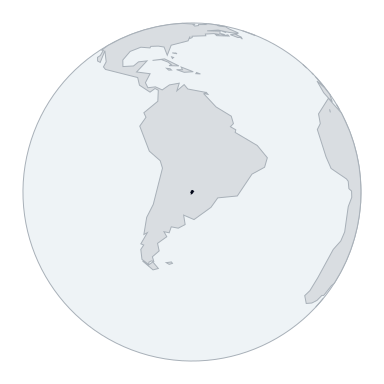 the Earth from above Central, rotated 15°
{"feature_id": "PRY-607", "entity_name": "Central", "entity_type": "Department", "adm_level": 1, "iso_a3": "PRY", "parent_name": "Paraguay", "parent_adm1": "", "projection": "orthographic", "projection_center": [-57.553, -25.559], "detail": "fine", "context": "on_globe", "style": "filled", "palette": "ink", "viewbox_px": 384, "rotation_deg": 15, "n_neighbors": 0, "source": "natural_earth", "source_scale": "10m", "svg_char_len": 4098}
<svg xmlns="http://www.w3.org/2000/svg" viewBox="0 0 384 384"><g transform="rotate(15 192 192)"><circle cx="192" cy="192" r="169" fill="#eef3f6" stroke="#a8b0b8"/><path d="M139.6,31.4L139.4,31.4L139.7,31.5L151.6,29.1L150.0,30.2L151.7,31.0L155.1,29.6L155.0,28.6L161.7,26.8L160.7,26.4L163.3,25.7L164.4,25.3L170.1,24.5L174.9,24.1L174.3,24.6L176.4,24.6L181.8,23.7L185.1,24.8L195.2,26.3L195.4,26.9L187.3,28.2L175.4,28.8L164.9,32.4L177.6,29.4L177.9,31.9L180.5,32.2L183.9,31.9L186.0,30.9L187.4,31.8L175.4,34.6L173.9,33.8L177.8,32.8L172.2,33.3L164.0,36.0L164.9,37.5L151.8,41.5L152.2,42.8L149.6,44.7L149.8,42.2L149.1,47.0L133.9,55.6L132.7,66.3L127.5,59.2L121.7,59.8L114.5,62.0L114.1,63.7L105.1,65.4L95.9,72.2L91.0,82.4L92.8,88.7L102.9,85.4L106.7,80.1L114.6,77.0L107.4,90.4L120.9,88.6L118.7,98.5L122.4,102.7L129.5,99.9L136.8,101.1L142.5,94.4L151.5,90.2L151.2,98.2L156.6,90.3L161.3,93.6L179.5,92.2L178.0,94.1L193.2,103.6L210.3,108.6L214.3,115.2L212.2,119.0L218.2,120.6L218.3,123.3L243.0,130.2L255.9,139.4L255.7,149.3L245.3,159.2L236.8,184.1L218.4,191.0L214.3,201.9L201.1,218.1L189.9,216.5L193.8,225.2L188.1,230.5L181.0,231.0L180.5,237.3L175.2,237.6L179.2,241.7L172.0,250.5L175.5,257.4L170.5,264.8L173.0,268.9L170.7,269.0L168.6,270.8L168.8,273.2L161.1,270.0L157.4,260.7L159.1,255.7L156.0,255.3L159.4,242.8L156.5,245.5L154.8,228.2L157.8,214.0L157.3,176.6L153.2,170.0L140.2,163.6L124.5,141.9L128.2,131.7L125.0,127.9L135.5,113.2L133.1,102.4L129.5,101.6L125.6,106.4L113.6,102.4L109.9,95.5L76.7,96.0L74.1,94.1L75.4,88.4L71.3,78.1L69.8,90.6L66.9,89.9L65.9,86.4L68.1,83.9L69.7,78.1L68.0,78.3L73.0,72.1L82.7,63.2L93.0,55.1L103.9,47.8L115.4,41.4L127.3,35.9L139.6,31.4ZM131.1,70.5L146.7,73.6L137.1,75.9L139.1,74.4L135.3,72.7L128.0,72.0L119.8,75.1L131.1,70.5ZM139.7,62.6L136.9,62.7L139.7,62.2L139.7,62.6ZM161.3,25.9L162.8,25.6L161.8,25.8L161.3,25.9ZM174.5,277.3L162.0,271.4L168.8,273.9L172.3,269.7L179.3,274.6L174.5,277.3ZM185.4,266.9L190.2,264.9L191.6,266.0L188.7,267.8L185.4,266.9ZM300.9,62.8L299.6,61.8L303.6,67.8L300.0,66.3L293.5,62.0L284.0,52.4L292.9,56.9L289.7,54.3L281.0,48.5L284.5,50.6L282.2,49.1L300.9,62.8ZM353.3,242.4L352.9,243.6L350.9,246.4L346.0,257.8L344.2,258.3L340.8,264.3L336.5,268.2L331.2,270.1L327.7,262.9L331.4,256.8L335.7,242.2L343.3,210.9L348.4,200.8L349.8,191.0L346.7,165.7L347.7,155.8L345.9,149.8L342.7,148.2L340.1,141.2L337.8,139.4L320.3,133.3L312.4,123.4L296.9,99.2L298.2,92.7L294.0,83.8L299.5,66.2L305.7,70.4L315.7,76.9L317.8,79.3L322.1,84.4L328.8,92.8L335.5,102.8L341.5,113.3L346.8,124.2L351.2,135.4L354.8,147.0L357.7,158.7L359.6,170.7L360.7,182.7L360.9,194.8L360.3,206.9L358.8,218.9L356.5,230.7L353.3,242.4ZM303.5,76.5L304.7,78.8L304.8,78.8L303.5,76.5ZM180.1,92.1L182.2,93.6L179.2,93.7L180.1,92.1ZM135.4,79.1L138.9,78.6L140.6,79.5L137.9,80.3L135.4,79.1ZM165.4,75.4L169.6,75.8L165.1,76.7L165.4,75.4ZM149.2,74.1L162.1,75.5L153.5,78.4L145.4,77.8L151.2,76.4L149.2,74.1ZM137.3,66.7L139.4,66.8L138.5,68.1L137.3,66.7ZM141.7,62.3L140.8,62.5L139.9,61.8L141.7,62.3ZM178.6,31.7L179.6,31.5L182.9,31.5L181.1,32.0L178.6,31.7ZM199.4,29.6L201.1,31.3L198.6,30.2L196.3,30.9L188.3,30.1L195.1,27.3L193.4,28.5L199.4,29.6ZM179.5,28.7L183.8,29.2L178.8,28.8L179.5,28.7ZM270.9,42.6L269.1,41.8L265.9,40.0L270.9,42.6ZM279.1,47.2L277.0,46.1L277.3,46.2L279.1,47.2ZM181.8,23.4L182.6,23.3L177.4,23.7L180.1,23.6L173.9,24.0L181.8,23.4ZM212.3,24.3L211.7,24.2L212.6,24.6L205.3,23.8L199.7,23.2L199.0,23.2L212.3,24.3ZM312.6,73.7L311.6,72.7L308.9,70.0L312.6,73.7ZM341.3,271.1L342.0,269.7L345.8,261.9L346.3,260.9L341.3,271.1Z" fill="#d9dde1" stroke="#a8b0b8" stroke-width="1"/><path d="M191.8,192.2L192.0,192.0L192.0,191.7L191.9,191.6L192.0,191.4L192.0,191.2L191.9,191.0L192.0,191.0L192.0,190.9L192.1,190.7L192.3,190.7L192.3,190.8L192.5,190.9L192.5,191.0L192.7,191.3L192.8,191.5L193.0,191.5L192.9,191.7L192.8,191.8L192.6,192.1L192.4,192.3L192.3,192.5L192.4,192.9L192.4,193.0L192.1,193.3L192.1,193.2L191.9,193.0L191.8,192.9L191.7,192.9L191.6,192.7L191.5,192.8L191.4,192.7L191.4,192.8L191.3,192.7L191.5,192.5L191.4,192.5L191.4,192.4L191.5,192.3L191.7,192.2L191.8,192.2Z" fill="#0f172a" stroke="#020617" stroke-width="1.5"/></g></svg>